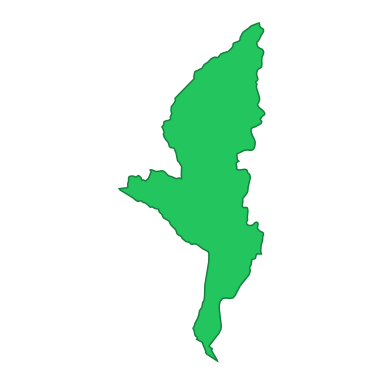 map outline of Manicaland (Albers equal-area conic projection)
{"feature_id": "ZWE-529", "entity_name": "Manicaland", "entity_type": "Province", "adm_level": 1, "iso_a3": "ZWE", "parent_name": "Zimbabwe", "parent_adm1": "", "projection": "albers", "projection_center": [32.271, -19.29], "detail": "fine", "context": "isolated", "style": "filled", "palette": "green", "viewbox_px": 384, "rotation_deg": 0, "n_neighbors": 0, "source": "natural_earth", "source_scale": "10m", "svg_char_len": 6020}
<svg xmlns="http://www.w3.org/2000/svg" viewBox="0 0 384 384"><path d="M263.1,32.3L261.6,34.6L258.4,40.8L257.9,41.4L257.2,41.9L256.7,42.4L256.7,43.3L257.5,46.2L257.9,46.9L259.3,48.0L262.2,49.3L263.3,50.8L263.7,52.5L263.3,54.1L262.0,57.2L261.7,60.4L261.9,64.1L261.6,67.1L259.5,68.5L258.2,69.1L257.3,70.5L256.8,72.2L256.6,73.9L256.7,75.5L257.6,77.8L257.8,79.3L257.5,80.4L256.9,81.0L256.2,81.4L255.8,82.0L255.9,82.8L256.9,84.0L256.8,84.7L256.4,86.4L256.6,88.2L259.3,96.9L259.6,99.6L259.5,100.2L258.8,102.0L258.2,103.1L257.7,103.8L257.6,104.5L257.9,105.7L259.1,107.5L262.8,110.5L264.2,112.1L264.8,113.7L264.5,114.7L262.2,116.4L260.5,118.8L260.3,118.8L260.4,119.6L261.4,120.8L261.7,121.6L261.1,123.3L259.7,124.4L258.0,125.2L256.4,126.2L255.0,126.9L253.5,127.3L252.1,127.9L251.2,129.0L251.0,130.4L251.2,132.2L252.2,135.2L254.6,139.9L255.2,142.2L255.0,145.0L254.5,147.2L253.6,149.0L252.2,150.1L250.1,150.3L246.9,150.0L244.5,150.3L236.9,153.9L236.8,154.7L237.3,159.2L237.8,160.4L238.8,161.1L238.0,161.7L236.9,162.3L236.2,163.0L236.1,164.0L236.6,165.9L236.8,166.8L236.6,167.8L236.8,169.0L237.5,169.6L238.3,169.9L239.4,170.0L244.3,169.3L245.7,169.4L246.5,169.8L247.0,170.2L247.2,170.7L247.4,171.7L247.8,172.7L248.4,173.4L249.2,174.0L249.8,174.8L250.3,177.7L248.0,188.0L247.9,190.1L247.6,191.6L247.0,193.0L245.8,194.8L242.9,198.2L242.7,199.0L242.9,201.4L242.3,204.8L242.4,206.5L243.3,207.5L244.8,207.6L246.2,207.4L247.3,207.8L247.8,209.6L247.9,211.2L247.3,217.2L247.3,218.0L247.5,218.8L247.6,219.9L247.3,220.7L246.8,221.4L246.5,222.3L246.8,224.1L247.7,225.0L249.1,225.4L250.9,225.5L252.7,225.0L255.1,222.6L256.5,222.1L257.9,222.9L258.0,224.6L257.4,227.8L258.0,229.3L259.3,230.6L261.0,231.7L262.7,232.4L263.5,233.4L263.3,235.0L262.7,236.9L262.6,240.4L261.1,245.3L260.7,251.4L261.2,253.4L261.4,254.0L257.2,253.9L256.2,254.8L255.7,257.4L255.1,258.6L253.8,259.0L252.6,259.2L251.8,259.9L251.2,264.0L250.9,265.3L249.8,267.3L249.6,268.1L249.7,268.7L250.2,269.8L250.3,270.5L249.7,273.0L249.3,274.2L248.6,275.3L240.1,285.9L235.0,295.7L233.0,297.9L229.7,298.4L226.0,298.0L222.6,298.4L220.1,301.6L219.3,305.2L219.2,308.6L221.3,326.3L220.8,329.5L219.0,333.1L209.0,346.0L209.5,346.7L210.6,347.4L211.3,348.4L212.0,348.4L212.2,348.6L212.2,349.1L211.6,350.1L211.5,350.5L217.2,360.2L217.4,361.0L206.9,354.2L205.7,352.6L205.8,351.3L203.0,344.5L202.5,342.6L202.1,342.2L196.6,339.4L197.5,338.1L197.2,337.3L195.5,335.9L195.1,335.2L194.8,334.4L194.1,330.5L193.8,329.8L193.1,328.8L193.1,328.1L194.2,326.2L194.5,325.3L194.9,323.5L197.7,318.2L199.1,313.9L199.2,312.2L199.6,310.8L200.3,309.5L201.9,307.4L202.7,302.4L203.9,300.8L204.5,296.8L204.9,285.0L208.8,261.5L208.9,253.2L208.4,252.5L208.2,251.7L206.7,250.8L202.6,248.7L197.4,244.7L196.4,244.2L195.7,244.0L195.0,244.0L193.5,244.0L191.7,244.3L191.2,244.2L190.7,243.8L190.1,243.1L189.6,242.6L189.0,242.2L186.6,241.7L185.6,241.2L183.9,239.9L182.7,238.8L182.1,238.0L181.4,236.8L181.1,236.4L180.6,236.0L178.5,235.1L177.6,234.3L177.0,233.6L176.8,233.0L175.8,230.0L174.8,228.8L172.3,226.5L170.5,224.3L170.1,223.6L169.3,221.5L168.8,221.0L167.8,220.3L164.2,218.3L163.7,217.9L163.0,217.1L162.7,216.6L162.1,214.8L161.9,214.4L159.4,212.1L159.0,211.3L158.8,210.7L158.8,209.5L158.5,209.2L157.9,209.0L156.0,208.7L155.2,208.5L154.1,208.0L153.4,207.6L152.4,206.9L151.8,206.8L150.6,207.3L150.1,207.1L149.6,206.8L148.4,205.2L147.7,204.7L145.7,203.2L144.9,202.8L143.4,202.5L142.9,202.3L142.5,202.0L141.7,201.2L141.3,201.0L140.9,200.8L140.0,200.8L139.5,200.9L138.7,201.3L138.3,201.4L137.8,201.4L136.9,200.9L135.9,200.3L133.0,197.9L120.2,190.0L119.2,188.7L126.8,187.8L127.8,187.4L127.8,183.3L128.5,181.3L128.6,177.9L128.9,177.5L128.9,177.1L129.3,176.6L130.1,176.2L132.2,176.0L133.2,176.1L134.0,176.3L134.7,176.7L135.6,177.0L136.0,177.0L136.5,176.9L137.0,176.6L137.6,175.9L137.9,175.7L138.4,175.6L139.0,175.9L139.5,176.2L141.0,177.6L141.3,178.4L141.4,179.3L141.5,179.7L142.0,179.9L142.6,180.0L143.5,180.0L144.0,180.2L145.2,180.9L145.6,180.9L146.2,180.7L147.6,179.3L148.1,178.6L148.8,177.5L149.9,175.1L150.4,173.4L151.0,172.2L151.1,171.8L151.0,171.4L150.8,171.0L150.3,170.4L150.1,170.1L150.4,169.8L151.2,169.8L152.9,170.2L155.5,171.4L157.0,171.5L160.9,170.9L162.3,170.8L163.6,171.2L164.7,171.9L167.7,175.0L168.9,175.9L171.8,176.7L174.9,178.2L176.5,178.6L177.3,178.5L178.7,178.0L179.2,178.0L180.0,178.2L180.6,178.4L181.1,178.8L181.6,177.3L181.3,175.3L181.3,174.2L181.5,172.6L181.4,171.0L181.7,167.5L181.6,166.7L181.2,165.9L180.8,165.2L179.9,163.8L179.5,162.6L179.3,162.3L178.2,161.6L177.9,161.3L177.7,160.9L177.5,160.5L176.1,153.3L174.4,148.9L174.1,148.5L173.4,148.0L172.5,147.8L171.0,147.7L170.2,147.4L169.9,147.1L169.4,146.5L169.1,145.5L168.7,143.9L168.6,143.4L167.0,141.0L165.8,139.8L164.8,138.0L164.1,137.0L163.8,135.7L163.6,135.3L163.4,134.9L163.4,134.3L163.8,133.2L164.1,132.3L164.1,131.7L163.4,130.2L163.1,128.9L162.2,127.5L161.9,126.8L162.4,126.3L163.4,125.5L163.7,124.0L163.8,123.1L163.9,122.3L164.2,121.6L164.8,121.3L165.6,121.0L169.1,120.1L169.9,119.8L170.4,119.4L170.5,118.5L170.3,116.9L170.6,116.1L171.7,113.7L171.7,112.9L171.5,112.6L171.2,111.7L171.0,110.3L171.2,107.6L171.3,107.1L171.4,106.6L174.4,102.6L175.0,101.5L175.3,100.6L175.1,99.2L175.1,98.7L175.2,98.1L193.8,79.1L194.1,78.7L194.1,78.2L193.9,76.9L194.0,75.8L194.6,72.6L194.9,71.8L195.3,71.4L195.8,71.1L198.0,70.3L199.6,69.3L201.3,68.7L201.7,68.4L202.2,67.9L202.7,67.1L203.5,65.6L204.0,64.9L204.3,64.5L205.0,64.0L206.8,62.9L207.6,62.4L210.8,59.1L212.1,58.2L213.5,57.6L214.4,57.3L215.1,57.2L215.6,57.2L216.1,57.3L217.0,57.6L217.5,57.5L218.2,57.1L219.4,55.8L220.5,54.4L220.9,54.0L223.7,52.7L225.1,52.5L226.3,52.0L227.6,51.7L228.3,51.3L229.2,50.7L232.5,47.1L232.7,46.7L232.9,46.2L233.0,45.7L233.1,44.2L233.2,43.7L233.5,43.3L234.0,42.9L236.5,42.0L237.4,41.7L238.6,41.2L239.0,40.9L239.6,40.4L240.0,39.7L240.1,38.1L240.2,37.6L242.6,32.9L243.2,32.1L248.6,28.2L250.5,26.4L251.2,25.9L257.2,23.5L258.9,23.1L259.4,23.0L259.4,23.9L259.7,25.7L260.5,27.4L261.2,27.9L263.0,28.9L263.5,29.7L263.6,31.0L263.1,32.3Z" fill="#22c55e" stroke="#15803d" stroke-width="1.5"/></svg>